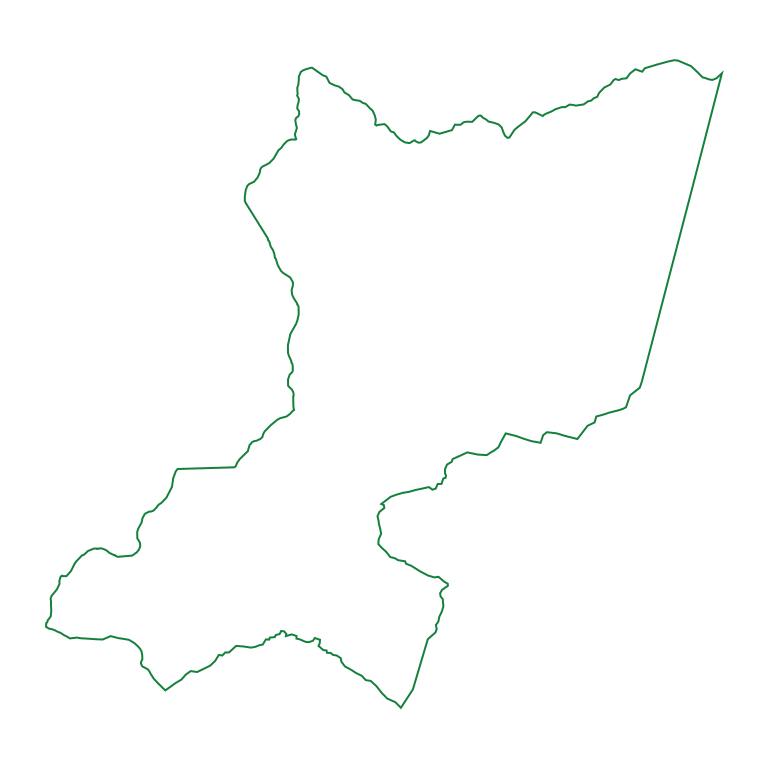 outline of Kerowagi District, Chimbu, Papua New Guinea
{"feature_id": "67681753B87075693473901", "entity_name": "Kerowagi District", "entity_type": "district", "adm_level": 2, "iso_a3": "PNG", "parent_name": "Papua New Guinea", "parent_adm1": "Chimbu", "projection": "mercator", "projection_center": [144.832, -5.936], "detail": "fine", "context": "isolated", "style": "outline", "palette": "green", "viewbox_px": 768, "rotation_deg": 0, "n_neighbors": 0, "source": "geoboundaries", "source_scale": "gbopen_adm2", "svg_char_len": 5766}
<svg xmlns="http://www.w3.org/2000/svg" viewBox="0 0 768 768"><path d="M165.3,690.4L170.8,686.5L175.8,682.9L181.4,679.6L185.9,674.5L190.7,671.1L197.2,672.0L210.1,665.7L215.1,661.0L218.8,655.0L222.4,655.5L225.2,652.5L229.0,652.4L236.2,645.9L243.7,646.5L250.8,647.6L254.8,647.0L259.4,645.2L262.7,644.6L265.9,639.4L269.3,639.6L269.8,637.6L274.8,637.1L275.7,635.1L279.7,634.0L281.1,631.0L284.2,631.4L286.3,633.9L285.9,636.1L291.8,634.4L296.5,636.0L296.5,638.6L299.9,639.4L305.4,641.8L308.6,642.2L312.9,640.8L314.9,638.0L320.0,639.8L319.7,643.4L318.5,645.9L323.3,650.1L326.6,650.5L327.0,652.8L330.9,653.0L332.6,654.7L336.9,655.6L340.8,658.2L341.3,661.5L344.9,666.4L351.8,670.2L356.0,673.0L361.8,675.8L365.7,680.1L370.7,680.9L376.4,686.1L381.8,693.0L387.3,698.6L395.4,702.2L400.9,707.8L412.9,689.4L427.8,639.2L435.2,632.7L435.6,632.1L436.7,629.0L435.9,625.0L438.3,621.7L439.3,616.8L441.8,611.6L443.4,606.2L442.7,599.0L440.6,596.5L440.1,593.3L442.0,589.9L447.9,585.8L447.7,583.7L444.1,581.6L438.5,576.8L434.4,577.4L428.0,575.5L420.0,571.3L414.5,567.8L410.9,565.6L406.1,563.8L405.1,561.3L398.2,560.2L394.6,558.1L390.3,557.1L385.9,551.5L382.0,548.1L378.3,544.1L378.7,539.2L381.1,533.9L380.2,528.7L378.9,523.9L378.6,520.9L377.5,516.2L379.5,511.8L384.3,508.0L383.9,505.2L381.3,504.0L387.4,499.3L390.5,496.9L396.3,494.7L402.9,492.8L408.8,491.9L415.5,490.0L423.5,488.3L428.9,487.1L432.5,489.7L435.7,488.6L437.7,484.0L441.5,483.9L443.3,478.5L445.5,477.9L446.0,475.5L445.0,473.3L445.0,469.1L447.0,464.6L451.7,461.8L452.7,459.0L459.3,456.1L467.3,452.4L478.0,454.6L486.8,455.1L490.1,452.9L494.4,450.3L498.4,447.3L501.3,441.3L503.9,436.7L505.7,433.4L516.1,436.0L523.0,438.5L531.2,441.1L540.6,442.8L543.2,435.1L546.9,432.2L556.4,433.3L565.4,436.0L577.4,439.0L587.5,425.9L594.6,422.4L596.3,416.5L603.4,414.6L609.3,412.6L618.9,410.2L623.0,408.8L626.0,407.3L630.1,395.3L639.8,387.7L641.9,381.4L662.9,300.6L692.9,185.6L721.9,73.3L718.4,76.5L716.6,78.2L714.0,79.3L712.3,79.9L709.0,79.4L704.9,77.9L702.6,77.4L697.3,72.0L691.0,66.1L678.0,60.6L674.3,60.2L668.2,61.5L656.2,64.8L644.9,68.2L642.2,71.7L635.3,69.3L629.9,73.6L626.5,78.3L621.8,78.8L618.7,80.1L615.6,79.0L613.7,80.0L612.3,82.0L610.3,84.5L604.2,87.6L599.0,93.0L597.3,96.8L593.6,98.3L591.4,100.5L588.1,101.3L583.7,104.4L576.1,105.6L571.9,104.8L569.6,104.6L565.4,107.1L561.8,107.1L555.3,109.3L551.4,111.5L546.1,113.7L544.3,114.6L542.7,116.0L535.3,112.4L532.9,112.3L530.1,115.7L528.0,118.2L525.3,121.4L521.9,123.9L517.7,127.1L514.4,129.9L509.5,137.4L507.5,137.9L504.9,135.6L503.2,131.8L501.7,127.4L498.5,124.4L493.9,122.8L488.6,121.6L486.1,119.5L483.0,117.8L480.9,115.6L478.7,115.7L475.8,118.3L472.3,121.8L466.2,121.7L463.6,122.3L460.7,124.7L457.7,124.8L455.0,124.6L452.0,130.1L444.7,132.2L439.5,133.7L430.1,131.0L429.5,132.8L428.8,135.4L426.7,138.2L421.1,142.4L418.6,142.7L416.0,141.5L414.8,140.3L413.3,140.8L409.6,143.1L405.0,142.4L400.5,139.8L396.5,136.0L393.9,132.4L390.9,131.5L387.0,126.1L384.5,124.1L377.6,125.0L376.5,125.5L375.2,124.6L375.8,119.7L374.8,115.5L372.6,110.6L369.7,108.1L365.7,103.8L364.2,103.4L362.8,102.9L359.7,100.8L356.7,100.4L352.6,99.5L349.0,95.2L344.4,92.4L342.6,89.3L339.1,86.7L334.8,85.4L329.6,83.0L326.3,76.6L322.7,75.2L312.2,67.8L310.6,67.8L308.6,68.5L306.6,69.0L303.1,70.3L300.8,72.0L298.8,76.7L298.9,79.1L298.3,84.7L297.3,87.7L297.4,91.6L297.7,93.8L297.1,95.5L298.9,98.9L298.7,101.4L298.3,103.0L297.7,104.8L297.2,108.4L299.1,111.4L299.2,114.1L298.3,116.4L296.3,117.7L295.3,119.9L295.8,123.6L296.9,128.0L294.8,134.6L296.4,140.0L296.0,139.5L294.5,139.5L290.6,139.6L287.9,140.6L286.6,141.5L283.5,144.7L281.7,147.4L278.2,150.6L273.8,158.4L269.4,163.0L262.3,166.7L260.9,168.1L260.1,169.9L260.1,171.3L259.2,174.0L257.5,177.6L254.0,181.8L249.1,184.1L247.3,185.9L245.6,190.5L244.8,196.8L244.8,200.9L245.8,203.1L267.9,238.5L267.9,239.8L269.3,241.6L270.7,246.6L273.0,250.1L274.4,254.2L274.9,257.8L275.8,258.7L277.7,265.0L280.9,270.8L283.2,273.0L290.1,277.4L293.0,282.4L292.8,286.0L291.6,290.1L292.1,294.6L293.5,297.7L297.2,303.6L297.2,304.5L298.1,305.4L298.6,307.1L298.7,314.4L297.4,320.3L296.1,323.9L290.4,333.9L287.9,345.3L288.0,353.0L289.0,356.1L291.3,361.0L291.3,362.4L292.3,363.7L292.7,366.0L292.8,370.1L292.4,371.9L289.7,374.6L288.0,379.6L288.1,385.5L288.6,386.4L291.8,389.5L293.1,391.8L293.6,393.6L293.6,395.8L293.2,396.3L293.4,406.7L294.1,410.0L293.0,410.6L289.9,414.0L286.8,416.3L285.9,416.7L280.1,418.2L277.0,420.0L270.3,425.6L264.6,431.5L263.3,433.8L262.4,437.0L260.6,438.8L256.6,440.7L253.9,441.2L252.2,442.1L249.5,445.3L247.8,451.2L239.8,459.0L237.2,462.7L235.8,466.1L234.6,467.3L177.6,469.0L175.8,471.3L173.2,478.2L172.0,486.8L166.4,497.7L161.5,502.8L158.8,504.6L157.1,506.4L157.1,506.9L153.5,510.6L151.3,511.5L149.5,511.5L145.5,513.4L144.6,514.3L142.4,518.4L141.6,522.5L138.1,528.9L137.2,532.1L137.3,538.4L139.6,542.0L140.1,543.8L140.2,546.5L138.9,549.7L136.7,552.4L132.2,555.6L117.9,556.8L115.6,555.9L114.7,555.0L113.8,555.0L109.3,552.8L107.4,551.1L105.2,549.7L101.6,548.4L98.4,548.5L98.0,548.9L97.1,549.0L96.6,548.5L93.9,548.6L88.1,550.9L84.1,554.6L81.9,555.5L76.2,561.5L74.9,563.3L70.9,571.1L66.5,576.1L62.9,576.2L62.5,575.7L62.0,575.7L60.7,576.6L59.4,580.7L59.5,583.9L56.9,589.4L51.6,595.8L50.6,598.7L51.0,601.1L51.0,603.8L50.9,604.0L51.3,610.7L50.7,616.4L49.1,618.6L47.8,620.2L47.2,622.3L46.2,623.1L46.1,627.0L47.3,627.5L48.6,628.5L52.2,629.3L54.8,630.2L57.3,631.6L60.4,632.8L64.3,635.3L66.8,636.5L69.9,638.4L76.8,637.6L81.1,638.3L86.9,638.6L95.5,639.2L99.9,639.4L102.7,639.5L107.5,637.5L110.7,636.1L118.2,638.1L124.3,639.0L128.9,639.8L134.4,643.1L137.7,646.1L140.2,648.9L141.6,651.6L142.3,655.8L142.3,659.5L141.3,661.5L140.8,663.0L142.2,666.3L145.7,668.2L148.0,669.4L149.2,671.1L151.0,674.4L153.9,678.9L158.2,683.4L163.6,688.8L165.3,690.4Z" fill="none" stroke="#15803d" stroke-width="2"/></svg>